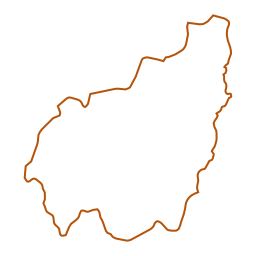 SVG path tracing the border of Ouest
{"feature_id": "CMR-798", "entity_name": "Ouest", "entity_type": "Province", "adm_level": 1, "iso_a3": "CMR", "parent_name": "Cameroon", "parent_adm1": "", "projection": "robinson", "projection_center": [10.725, 5.593], "detail": "fine", "context": "isolated", "style": "outline", "palette": "amber", "viewbox_px": 256, "rotation_deg": 0, "n_neighbors": 0, "source": "natural_earth", "source_scale": "10m", "svg_char_len": 2875}
<svg xmlns="http://www.w3.org/2000/svg" viewBox="0 0 256 256"><path d="M199.5,24.3L201.3,24.2L203.2,24.0L205.9,22.6L207.8,21.4L213.2,15.4L224.5,18.5L226.4,19.6L228.6,21.3L229.1,23.0L228.9,24.8L227.5,28.4L227.1,30.3L226.8,33.9L227.1,36.7L227.8,40.4L230.2,47.2L230.9,50.9L231.0,53.7L228.7,60.2L228.0,63.5L225.7,65.3L224.4,67.0L226.1,68.1L226.4,70.5L225.5,73.0L223.4,74.6L224.1,76.3L224.1,79.4L224.4,81.2L224.8,82.1L225.5,82.9L226.1,84.1L226.4,86.2L226.1,88.3L225.6,89.9L225.5,91.5L226.4,93.4L227.7,94.0L229.3,93.7L230.7,93.9L231.3,96.2L230.8,97.1L228.8,98.2L226.1,104.2L225.3,105.6L224.3,106.2L223.0,106.5L221.9,107.1L220.9,110.0L219.7,111.4L216.5,113.4L217.7,115.5L216.6,118.1L214.7,120.8L213.6,123.3L214.1,125.1L214.2,126.2L214.4,126.9L215.8,129.7L216.1,130.4L216.5,132.2L216.6,138.0L216.4,140.7L215.1,145.3L214.6,146.6L213.9,147.7L213.5,148.2L211.8,151.1L213.7,154.1L213.7,154.9L213.5,155.9L213.1,157.0L212.6,158.7L212.2,159.5L211.6,160.0L209.6,160.8L209.3,161.0L205.6,167.7L204.9,168.7L204.3,169.0L203.5,169.2L202.6,169.3L201.6,169.7L200.4,170.4L198.7,172.1L198.1,173.4L197.7,174.6L197.7,176.6L198.2,180.2L198.2,181.2L197.2,185.8L197.1,187.2L197.2,189.0L197.6,190.3L198.2,192.3L195.2,193.4L191.5,195.4L189.1,197.5L187.0,200.5L186.1,202.8L185.6,204.9L185.1,208.6L183.8,214.1L180.7,223.1L180.5,224.4L178.9,228.6L177.4,230.0L175.9,230.7L172.4,230.7L169.4,230.4L167.5,229.8L161.4,223.2L159.7,222.0L157.7,221.2L156.3,221.6L155.1,222.8L154.7,223.4L154.5,223.8L154.4,224.2L153.9,225.4L153.1,226.8L151.7,228.2L150.3,229.3L130.7,239.9L128.4,240.5L126.5,240.6L115.9,238.5L113.2,237.2L112.0,236.0L110.7,234.2L107.4,232.8L105.9,230.9L103.3,223.3L102.1,220.3L100.5,217.6L99.3,212.0L97.5,209.3L93.6,209.8L92.0,210.3L88.9,211.5L87.4,211.8L85.8,211.4L84.3,210.8L82.6,210.5L81.2,210.8L79.8,213.5L79.2,215.7L78.2,217.9L76.3,219.8L71.0,223.9L70.3,225.1L69.3,226.6L65.7,235.2L64.3,235.4L63.8,235.5L62.8,235.7L62.5,235.7L61.9,235.7L61.2,235.5L60.0,233.9L59.1,228.7L57.1,226.4L56.5,226.0L55.3,224.9L54.6,223.9L54.4,223.6L53.9,221.7L53.4,217.5L53.0,216.2L52.4,215.3L47.1,212.0L46.4,211.0L45.8,209.6L44.9,206.6L43.9,204.5L43.6,203.7L43.5,203.0L44.9,199.3L44.8,192.6L42.8,188.4L42.4,185.8L41.9,184.6L40.9,183.2L36.2,179.4L34.3,178.6L32.8,178.8L31.3,179.8L30.0,181.0L28.5,181.6L27.0,181.4L24.7,177.9L25.7,166.1L31.2,161.4L37.1,144.7L37.8,141.9L38.5,134.8L39.8,132.2L42.1,129.1L53.2,118.1L59.6,115.5L60.1,113.7L60.2,112.4L57.8,106.1L66.6,98.5L67.7,97.9L69.2,97.4L71.4,97.8L78.2,99.8L79.7,100.6L81.0,101.8L82.0,103.6L82.7,105.2L83.8,106.5L85.2,107.0L86.8,105.5L88.0,103.8L90.3,94.0L115.4,88.8L117.9,88.7L125.5,89.4L128.7,88.2L130.0,87.3L135.8,76.5L141.3,61.3L142.0,59.6L142.9,58.5L145.2,57.6L147.2,57.3L157.2,59.4L163.4,61.1L165.8,57.4L168.9,56.9L175.3,54.4L182.0,50.3L183.6,48.8L184.9,46.9L186.0,44.5L188.0,34.2L187.1,26.6L188.1,22.8L199.5,24.3Z" fill="none" stroke="#b45309" stroke-width="2"/></svg>